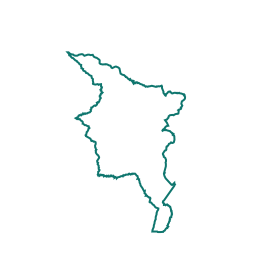 the district of San Juan Del Cesar, La Guajira, Colombia, rotated 41°
{"feature_id": "7082276B71643992336561", "entity_name": "San Juan Del Cesar", "entity_type": "district", "adm_level": 2, "iso_a3": "COL", "parent_name": "Colombia", "parent_adm1": "La Guajira", "projection": "natural_earth1", "projection_center": [-73.123, 10.813], "detail": "fine", "context": "isolated", "style": "outline", "palette": "teal", "viewbox_px": 256, "rotation_deg": 41, "n_neighbors": 0, "source": "geoboundaries", "source_scale": "gbopen_adm2", "svg_char_len": 5884}
<svg xmlns="http://www.w3.org/2000/svg" viewBox="0 0 256 256"><g transform="rotate(41 128 128)"><path d="M34.4,110.7L35.4,111.0L35.7,111.6L36.1,111.7L36.6,111.2L37.8,111.6L39.7,111.8L40.6,111.3L44.0,111.5L45.3,111.0L46.2,111.4L48.0,111.2L49.6,111.7L51.3,111.1L52.2,112.4L53.3,112.8L53.7,113.5L55.4,112.9L55.8,113.6L56.7,114.0L58.9,113.3L60.2,114.0L61.6,113.2L64.2,113.4L66.3,112.7L67.8,114.0L69.5,114.1L70.3,115.3L72.0,116.5L72.3,117.4L72.8,117.7L74.8,116.7L76.4,114.7L77.5,114.7L78.0,113.6L78.9,112.6L80.6,114.5L81.6,114.3L82.0,115.2L82.1,117.1L82.9,117.0L83.1,117.7L84.0,117.6L84.8,118.2L85.5,118.0L85.5,119.4L85.0,119.9L85.3,120.3L85.3,120.9L85.7,121.2L85.6,122.4L86.2,123.0L87.3,122.9L87.9,123.4L87.9,124.7L88.8,126.7L89.0,128.0L88.2,128.3L87.9,129.4L88.7,129.7L89.2,130.7L89.0,132.5L88.3,132.6L87.8,133.4L87.4,136.1L86.9,136.7L87.8,137.6L87.7,138.7L88.9,139.4L88.9,141.2L87.8,142.9L87.6,143.9L86.8,144.6L86.6,145.2L85.9,145.2L85.6,146.5L84.6,146.5L84.9,147.4L84.6,148.0L83.9,148.4L84.3,149.2L83.0,150.0L82.6,151.1L83.1,151.7L83.1,152.3L82.1,154.9L83.8,154.7L84.2,153.8L84.7,153.9L85.5,153.4L85.7,152.9L87.5,153.3L88.7,153.0L90.0,153.2L90.9,154.4L91.1,154.2L93.5,154.2L94.3,153.5L96.4,153.1L97.1,152.5L98.1,153.1L98.3,153.6L98.9,153.5L98.8,154.8L99.3,155.7L99.7,157.5L99.5,158.1L100.8,160.4L100.7,161.2L101.5,161.3L101.7,161.7L106.6,160.7L108.9,161.8L109.6,160.9L111.0,160.9L111.6,160.2L112.9,160.0L114.1,161.2L114.7,162.9L116.2,164.3L116.7,164.3L118.0,165.3L118.4,165.2L118.5,166.4L119.1,166.7L119.9,167.7L121.9,168.3L123.4,168.2L125.4,169.0L125.8,169.7L126.3,173.1L127.3,173.9L128.3,173.9L128.7,175.2L130.6,175.7L131.4,176.7L132.1,177.0L132.1,177.5L133.0,178.3L134.1,178.4L134.4,179.5L134.2,180.6L135.3,181.8L135.8,183.1L136.6,183.4L136.7,183.0L137.1,183.1L137.4,182.9L137.5,182.2L137.9,182.6L138.2,181.5L138.6,181.4L138.8,180.7L139.3,180.7L139.7,180.0L140.2,180.1L140.2,179.7L140.6,179.5L141.3,180.0L141.3,179.5L142.4,179.4L142.9,178.5L143.3,178.6L143.4,178.1L144.0,178.3L144.1,177.6L144.9,177.3L144.9,176.9L145.5,177.2L146.3,176.2L146.2,175.4L146.6,175.4L146.8,174.8L147.2,175.1L147.5,174.7L148.6,174.5L148.6,173.8L149.4,174.1L149.2,173.3L149.5,173.7L150.5,173.4L150.7,173.9L150.9,173.3L151.2,173.5L152.2,172.9L152.5,173.2L152.6,172.0L154.0,170.1L154.0,169.5L155.4,167.7L155.4,167.2L155.8,167.4L155.7,166.6L156.3,166.3L156.7,165.1L157.0,165.0L157.0,164.5L158.7,163.1L158.6,162.2L158.8,161.7L159.7,161.7L160.1,161.2L160.2,161.5L160.6,161.4L160.8,160.5L161.3,160.2L161.1,159.7L161.8,159.0L162.4,158.9L163.1,157.9L164.1,157.9L165.8,158.3L166.6,158.0L168.1,159.0L168.5,160.1L168.8,159.7L170.0,159.4L170.4,160.1L171.6,160.6L172.7,161.7L173.9,162.1L175.1,163.1L178.3,163.9L181.7,165.2L182.0,164.5L183.3,166.4L185.0,166.3L185.7,166.7L185.9,167.5L186.9,166.6L187.8,166.9L189.0,166.5L189.7,166.7L190.4,166.1L191.0,166.3L192.8,169.7L193.5,169.7L194.0,169.2L194.6,169.1L196.9,169.5L198.3,169.2L199.8,169.7L201.1,169.8L203.7,168.8L204.4,169.9L204.5,171.2L205.4,173.6L206.0,174.0L207.3,177.0L208.9,178.9L209.0,179.9L209.3,180.3L209.6,181.2L210.7,182.8L211.3,184.4L212.4,185.9L213.4,188.9L214.3,190.2L217.9,187.0L218.7,187.0L220.5,185.5L222.7,183.3L222.5,182.5L223.0,181.4L222.7,179.3L222.8,178.1L223.2,177.8L223.0,177.6L223.1,176.0L221.8,176.0L221.7,174.8L221.3,174.4L221.0,172.7L220.3,171.3L220.5,170.7L219.6,169.8L219.6,169.4L219.2,169.3L218.5,167.9L219.2,167.0L218.4,165.9L218.0,164.5L217.4,164.3L217.1,163.4L215.8,162.8L215.6,162.3L215.2,162.5L214.7,162.2L214.6,161.8L211.6,159.8L211.2,160.1L210.5,159.8L209.3,160.2L209.0,159.9L208.5,160.2L207.8,160.0L207.5,160.6L207.0,160.8L207.0,161.6L206.4,161.6L205.6,162.5L204.6,161.3L203.5,161.5L203.1,161.3L202.5,160.2L202.7,159.1L200.9,141.4L200.5,140.2L200.1,140.0L200.2,139.7L199.5,139.6L199.0,139.1L198.8,141.4L198.7,142.0L198.1,142.3L189.4,141.3L187.0,140.3L185.3,139.1L185.2,138.0L184.7,138.2L181.7,132.1L180.1,130.2L179.0,129.4L178.7,128.5L177.6,127.1L175.7,126.1L173.9,126.3L172.9,125.3L171.9,125.2L171.1,124.4L170.6,120.9L171.2,120.0L171.1,119.2L169.8,117.6L169.7,116.8L169.5,117.0L169.3,116.7L169.8,114.9L169.3,113.1L170.2,111.3L170.0,110.6L171.4,110.1L171.9,109.1L171.9,108.6L170.8,106.4L168.5,104.0L167.6,103.4L166.8,103.9L166.3,103.9L166.0,102.6L164.8,103.1L164.5,102.8L162.7,103.0L161.8,102.8L159.0,104.2L157.5,104.6L157.4,105.4L156.2,106.0L156.0,107.4L155.7,107.4L155.4,106.4L155.8,104.8L155.6,102.4L155.9,101.2L156.9,99.9L153.9,98.5L150.8,97.8L151.9,95.8L151.6,94.7L151.8,93.8L151.0,92.4L151.3,90.8L152.9,89.0L154.1,88.4L154.2,87.5L155.1,85.8L156.3,84.6L156.5,84.0L154.9,81.6L154.2,81.6L154.5,80.4L155.4,79.1L155.1,78.1L154.4,77.8L154.6,77.1L154.3,75.5L152.4,74.8L151.2,72.6L151.8,69.8L151.7,68.5L150.7,67.1L149.0,66.7L149.1,66.0L148.0,65.8L147.4,66.4L145.8,66.9L144.2,67.9L143.5,67.9L142.9,69.1L141.9,69.3L141.7,69.9L140.4,70.5L139.6,71.4L139.0,72.6L138.5,73.0L137.3,72.9L136.7,73.3L135.9,72.8L135.2,73.4L134.7,74.3L134.8,76.2L134.3,77.5L134.4,78.3L135.0,78.3L135.2,78.9L134.6,79.0L131.6,78.2L131.1,77.4L127.5,75.6L126.4,74.3L125.6,74.0L124.7,75.7L123.5,76.6L123.0,77.4L122.5,77.6L122.5,78.1L122.1,78.6L118.3,80.5L117.1,82.2L116.1,83.2L115.9,83.9L114.7,84.4L114.2,85.3L112.0,85.2L111.6,85.9L110.6,85.8L108.1,86.8L106.7,86.9L105.9,87.7L105.5,87.4L104.7,87.6L104.1,88.3L104.3,89.1L103.5,89.2L103.3,90.9L101.5,90.3L101.7,89.6L101.3,88.8L100.3,89.3L99.9,90.0L98.6,90.0L98.2,90.4L97.8,89.7L97.4,89.6L97.1,90.6L96.3,90.8L93.7,90.5L92.9,91.0L92.1,90.6L91.5,90.8L90.5,90.6L88.7,91.5L86.7,91.8L82.5,88.7L81.0,88.7L78.6,89.5L78.0,90.3L76.8,93.1L75.9,93.3L73.9,92.5L72.8,93.1L70.8,93.6L69.3,94.4L69.1,95.0L68.5,95.3L67.3,96.6L65.2,97.8L64.0,97.7L62.3,95.6L61.6,95.3L58.2,95.6L57.2,96.2L55.3,96.6L53.4,95.9L51.9,97.6L50.6,98.1L49.5,99.1L47.7,102.1L45.4,102.1L44.4,102.9L42.8,105.0L42.4,106.5L41.3,107.6L39.9,108.5L38.2,108.6L37.3,109.4L35.4,110.0L33.5,109.9L32.8,110.5L34.4,110.7Z" fill="none" stroke="#0f766e" stroke-width="2"/></g></svg>